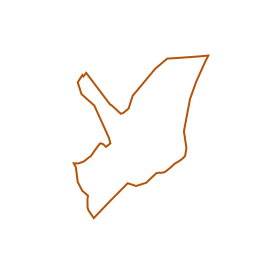 Frogn nor, Akershus, Norway, rotated 111°
{"feature_id": "86288312B7520340450988", "entity_name": "Frogn nor", "entity_type": "district", "adm_level": 2, "iso_a3": "NOR", "parent_name": "Norway", "parent_adm1": "Akershus", "projection": "natural_earth1", "projection_center": [10.684, 59.665], "detail": "fine", "context": "isolated", "style": "outline", "palette": "amber", "viewbox_px": 256, "rotation_deg": 111, "n_neighbors": 0, "source": "geoboundaries", "source_scale": "gbopen_adm2", "svg_char_len": 1429}
<svg xmlns="http://www.w3.org/2000/svg" viewBox="0 0 256 256"><g transform="rotate(111 128 128)"><path d="M49.2,116.3L62.9,123.8L96.3,135.2L109.6,134.4L115.8,137.9L117.3,139.9L112.7,151.4L112.5,153.1L91.5,186.8L95.9,188.2L95.0,189.6L103.4,191.3L113.1,183.5L119.1,167.5L142.9,143.4L143.2,143.1L144.4,142.0L148.7,138.9L153.5,141.8L152.1,145.1L152.0,147.7L152.8,148.7L157.3,150.0L161.8,151.2L167.9,152.7L168.9,153.6L175.0,157.2L178.7,161.3L180.4,166.0L183.2,162.7L196.4,155.6L203.0,148.2L205.5,141.1L209.4,140.2L216.8,137.2L219.1,135.3L224.2,127.9L224.4,127.7L203.2,118.8L201.7,118.2L179.7,108.5L179.4,103.4L179.3,99.7L172.6,91.4L160.3,85.5L160.0,85.3L159.9,85.0L159.5,84.5L159.1,83.9L158.8,83.4L158.5,82.8L158.2,81.8L158.1,81.4L157.9,80.9L157.4,80.1L157.0,79.3L156.4,78.5L155.8,77.9L155.3,77.4L154.5,76.9L154.0,76.6L153.0,76.1L152.3,75.6L151.5,75.1L150.8,74.8L150.3,74.4L149.6,74.1L149.1,73.9L148.5,73.5L148.0,73.3L147.4,73.0L146.9,72.7L146.3,72.4L145.8,72.2L145.2,71.9L144.6,71.6L144.0,71.2L143.6,70.9L143.3,70.6L142.9,70.3L142.6,70.0L141.9,69.4L141.2,68.9L140.7,68.5L140.3,68.2L139.8,67.9L139.4,67.6L139.0,67.4L138.6,67.1L138.2,66.8L137.7,66.6L137.1,66.3L136.8,66.0L136.4,65.8L136.1,65.7L135.7,65.5L135.3,65.3L135.0,65.1L134.7,65.1L134.4,64.9L134.0,64.9L133.7,64.8L133.4,64.7L125.7,66.3L111.1,74.6L78.7,80.5L60.1,80.9L38.7,79.7L31.6,79.0L35.9,87.7L44.0,105.0L49.2,116.3Z" fill="none" stroke="#b45309" stroke-width="2"/></g></svg>